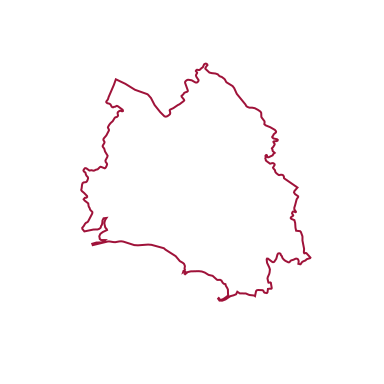 outline of Zaporizhzhya, rotated 42°
{"feature_id": "UKR-331", "entity_name": "Zaporizhzhya", "entity_type": "Region", "adm_level": 1, "iso_a3": "UKR", "parent_name": "Ukraine", "parent_adm1": "", "projection": "equal_earth", "projection_center": [35.703, 47.193], "detail": "fine", "context": "isolated", "style": "outline", "palette": "rose", "viewbox_px": 384, "rotation_deg": 42, "n_neighbors": 0, "source": "natural_earth", "source_scale": "10m", "svg_char_len": 6033}
<svg xmlns="http://www.w3.org/2000/svg" viewBox="0 0 384 384"><g transform="rotate(42 192 192)"><path d="M208.7,252.6L197.2,258.4L194.6,260.4L187.5,267.8L184.6,270.1L174.2,274.8L172.5,275.9L171.1,277.3L168.5,280.7L167.1,281.8L164.0,283.8L162.7,284.9L153.8,297.9L152.5,297.2L154.8,293.5L158.0,290.5L159.3,288.7L159.7,285.8L156.6,288.5L154.9,288.6L152.7,286.9L151.9,284.4L152.5,281.4L154.3,277.1L153.6,276.7L151.3,276.4L148.1,274.2L147.0,272.7L146.1,270.6L145.8,268.5L143.9,270.7L144.5,273.0L146.1,275.1L147.0,276.7L147.2,278.2L147.7,279.0L148.0,280.0L147.6,281.8L146.9,283.0L143.9,285.8L138.4,293.3L135.2,292.8L134.4,292.1L134.3,289.6L133.8,287.3L133.8,286.0L134.5,284.2L134.4,283.1L132.3,274.9L131.8,274.0L131.2,273.5L128.7,273.4L127.8,273.1L126.4,272.3L125.7,272.2L124.5,271.6L122.5,269.9L117.9,270.2L116.3,269.9L116.3,268.1L116.4,267.8L117.3,266.9L117.4,266.5L117.4,265.8L116.7,265.2L112.5,264.9L109.5,265.0L108.3,264.6L107.5,263.1L105.4,260.1L104.8,258.7L105.0,257.5L106.6,255.6L106.8,254.8L106.6,253.6L105.7,251.5L104.8,250.7L102.7,250.5L101.4,250.0L100.0,249.0L99.4,248.9L98.1,249.1L97.2,248.8L96.8,248.5L96.5,246.8L96.5,246.0L96.7,245.7L97.7,245.1L101.4,244.7L102.7,243.1L104.5,242.1L105.0,241.5L105.7,239.7L106.7,238.3L106.9,235.3L107.1,234.5L107.8,234.1L111.3,232.8L111.5,232.3L111.5,231.4L111.0,229.6L110.4,228.3L109.7,227.8L107.7,227.4L106.7,226.6L106.5,226.2L105.6,222.6L105.0,221.5L100.3,220.1L97.7,218.5L95.6,218.1L95.0,217.8L94.6,217.1L94.1,214.4L93.6,213.4L91.3,212.6L90.8,211.9L90.6,211.1L90.5,207.3L89.1,201.9L88.8,201.5L88.4,201.2L86.4,200.4L86.0,199.6L85.5,197.2L85.4,195.1L85.7,192.4L85.0,188.9L85.0,188.1L85.3,187.4L85.9,186.7L86.1,185.4L85.8,184.6L83.9,183.2L83.5,182.3L83.7,180.9L84.0,180.0L84.5,179.5L86.1,178.8L86.5,178.1L86.3,177.8L85.4,177.3L79.5,177.9L78.7,178.2L78.4,178.4L77.8,180.1L77.0,181.0L76.7,181.9L76.0,182.3L75.1,182.3L72.9,181.5L71.7,181.6L69.6,182.7L68.6,182.7L68.0,182.5L67.7,181.7L67.6,180.0L67.4,179.1L66.5,177.2L62.2,164.5L60.0,159.2L70.1,156.2L81.2,154.2L93.3,149.2L94.2,149.1L98.6,149.6L106.0,152.4L115.0,153.9L120.8,154.2L121.8,153.8L122.3,153.3L123.0,152.1L123.5,149.7L123.5,148.8L123.2,148.2L122.7,147.6L120.7,146.2L120.6,145.5L122.0,142.2L123.3,136.9L124.0,135.2L125.0,130.0L124.9,129.1L124.2,128.7L120.5,128.1L119.9,127.6L120.2,125.3L119.9,123.8L120.3,122.5L121.3,120.8L121.4,120.0L121.2,119.6L120.7,119.2L114.0,115.6L113.4,115.1L113.1,114.4L113.1,113.6L113.3,112.5L113.6,111.7L114.1,111.1L117.0,109.2L120.8,108.4L121.8,108.0L122.5,107.1L122.6,106.2L122.4,105.0L121.9,104.4L118.3,103.5L117.1,102.9L116.5,101.9L116.3,100.5L116.1,100.0L115.8,99.8L114.0,99.6L113.8,99.4L113.7,98.5L113.9,97.8L115.5,96.8L116.0,96.1L116.2,93.4L116.6,92.1L115.6,89.1L115.7,88.6L116.1,87.6L117.0,87.0L118.0,87.0L118.6,87.4L118.6,89.0L118.9,90.6L119.2,91.3L119.5,91.5L125.0,91.6L127.2,90.4L130.1,88.3L132.4,87.3L134.1,87.5L135.6,87.3L137.0,86.6L140.2,86.3L141.2,86.4L143.6,87.3L144.3,87.4L151.3,86.1L153.9,86.6L159.6,89.1L173.2,91.2L174.8,91.8L176.2,91.7L177.5,91.2L178.4,90.8L180.4,89.0L182.6,87.7L186.2,86.8L188.7,86.5L189.7,86.6L190.6,87.0L193.0,89.5L193.7,90.0L198.4,90.9L199.1,91.4L200.4,93.2L202.1,93.2L206.8,91.5L212.0,90.4L213.9,90.7L214.4,91.3L214.5,91.7L214.1,94.5L214.6,95.9L214.6,97.1L214.8,97.5L215.2,97.7L216.7,97.7L219.9,95.9L220.9,95.9L221.2,96.5L221.1,97.0L220.7,97.7L219.0,99.5L218.9,100.2L219.5,100.6L221.1,100.9L221.7,101.5L222.2,104.2L222.1,105.8L222.2,106.2L223.4,106.6L224.0,107.2L224.7,107.6L227.3,107.6L227.0,109.4L227.4,110.8L225.7,114.9L225.2,115.4L224.7,115.6L224.3,115.5L223.3,114.7L222.7,114.6L222.4,114.8L222.3,115.2L222.4,116.0L223.6,117.0L224.0,118.0L225.2,118.6L225.7,119.1L226.4,119.2L230.4,118.8L231.1,118.7L232.2,117.0L232.9,116.3L234.0,116.0L234.8,116.1L235.3,116.6L235.9,119.7L236.7,120.0L239.1,120.3L240.4,121.3L242.1,121.6L244.9,121.4L245.5,121.1L246.5,119.7L247.4,119.0L248.6,118.6L249.9,119.0L250.7,119.8L251.3,120.2L267.4,118.1L267.5,122.8L268.1,124.1L270.0,124.6L273.3,124.2L273.8,124.2L274.1,124.5L274.3,124.8L274.6,127.2L274.9,127.9L277.3,132.5L278.6,135.3L279.6,136.4L282.4,137.1L282.6,137.4L282.5,137.7L280.7,138.4L280.1,139.1L280.2,140.1L280.7,141.0L282.6,141.5L282.9,141.7L283.0,142.1L282.5,144.2L282.6,145.0L282.9,145.4L283.3,145.5L284.2,145.4L286.9,144.4L289.4,146.0L292.8,149.3L295.3,151.1L298.5,148.8L299.7,148.9L303.5,150.9L304.2,151.5L306.5,154.1L313.4,159.3L315.4,161.9L316.0,162.3L316.5,162.4L316.8,162.2L317.3,161.2L318.0,160.9L323.9,161.5L324.0,161.8L324.0,162.2L322.4,164.8L322.2,165.6L322.1,167.0L321.3,168.6L320.8,169.9L320.7,170.8L321.0,172.7L321.0,173.1L320.8,173.3L319.1,174.2L317.9,172.4L317.0,171.6L315.8,171.1L314.8,171.3L314.1,171.7L313.6,172.3L312.7,174.5L311.5,176.4L311.3,177.2L311.4,178.4L311.2,179.3L310.6,179.8L307.4,180.7L305.5,180.8L303.9,180.6L302.9,180.3L301.9,179.6L300.2,179.4L299.3,178.8L298.5,178.8L297.8,179.2L297.2,180.0L297.3,181.2L299.3,185.2L299.8,188.8L299.5,189.6L298.9,190.1L298.1,190.3L293.0,190.7L292.3,191.3L292.5,192.0L293.1,192.6L295.2,194.4L299.8,196.3L301.7,197.4L303.5,199.9L304.2,201.2L305.3,204.6L306.0,205.8L309.4,208.2L309.7,208.1L310.7,206.8L311.3,206.7L315.5,210.0L315.7,210.5L315.6,210.9L314.4,211.9L313.3,213.2L315.2,216.0L315.3,216.6L315.2,217.1L313.2,218.3L312.3,218.2L311.0,217.6L310.1,217.8L306.8,220.5L306.0,221.5L305.9,222.1L306.0,222.9L308.5,227.2L307.7,227.3L306.8,227.8L303.9,229.9L302.9,230.4L299.9,231.4L295.3,235.4L292.4,235.8L293.2,238.5L292.0,241.0L290.3,243.6L289.5,246.4L288.8,249.4L287.2,252.5L285.1,254.3L282.8,253.8L282.8,252.9L283.5,252.9L285.3,253.6L286.9,250.5L287.9,246.4L288.0,244.4L287.2,243.9L284.0,240.5L282.7,239.9L279.8,239.0L278.5,238.1L277.1,238.9L275.5,238.9L273.1,238.1L271.6,238.5L269.9,240.2L269.2,240.5L263.4,240.5L259.8,242.5L255.4,243.3L252.5,244.5L250.0,246.3L244.1,251.9L242.4,254.4L241.9,257.7L241.2,257.7L241.2,256.1L240.9,255.7L239.2,256.4L239.0,257.4L238.5,256.3L238.8,255.8L238.9,254.6L237.6,253.8L236.4,251.9L235.8,251.5L234.0,250.7L232.4,250.8L229.2,251.5L222.8,250.6L210.8,252.6L208.7,252.6Z" fill="none" stroke="#9f1239" stroke-width="2"/></g></svg>